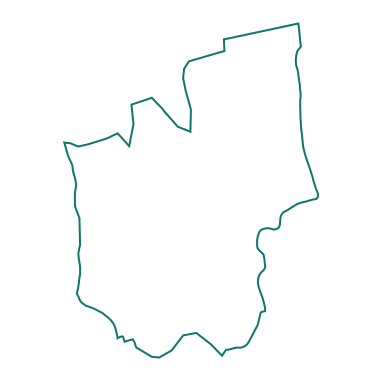 Majz, Sa`dah, Yemen (Equal Earth projection), rotated 358°
{"feature_id": "15242507B76983038584557", "entity_name": "Majz", "entity_type": "district", "adm_level": 2, "iso_a3": "YEM", "parent_name": "Yemen", "parent_adm1": "Sa`dah", "projection": "equal_earth", "projection_center": [43.539, 17.146], "detail": "fine", "context": "isolated", "style": "outline", "palette": "teal", "viewbox_px": 384, "rotation_deg": 358, "n_neighbors": 0, "source": "geoboundaries", "source_scale": "gbopen_adm2", "svg_char_len": 3664}
<svg xmlns="http://www.w3.org/2000/svg" viewBox="0 0 384 384"><g transform="rotate(358 192 192)"><path d="M119.8,130.8L112.7,133.8L111.0,134.6L108.8,135.5L103.4,137.0L89.8,140.7L80.9,142.4L80.5,142.5L79.7,142.6L72.5,139.2L66.1,138.1L69.4,151.6L73.1,160.5L73.5,162.4L73.6,165.0L74.2,168.9L75.7,174.7L76.1,177.6L76.3,179.2L76.4,180.3L76.4,180.5L76.5,181.6L75.0,188.4L74.7,194.5L74.6,202.3L78.6,214.3L78.3,241.0L77.5,243.8L76.8,247.0L76.3,249.1L76.3,251.1L76.4,252.9L76.5,254.4L76.8,256.2L77.5,262.1L77.5,265.2L77.4,268.4L77.3,270.5L76.8,272.3L76.2,275.6L75.9,277.8L75.2,282.1L74.6,285.2L73.9,287.2L73.3,289.4L75.3,293.7L75.8,295.5L77.4,298.2L77.8,298.6L78.0,298.8L78.5,299.2L82.0,302.0L84.3,302.7L84.4,302.8L86.2,303.5L88.1,304.3L89.8,305.1L91.1,305.7L93.5,307.1L95.1,308.1L95.3,308.2L97.4,309.3L98.7,310.2L100.6,312.0L102.0,313.1L102.3,313.4L103.7,314.4L104.9,315.8L105.3,316.2L106.8,317.7L109.2,321.3L110.0,323.4L110.8,326.0L111.1,327.5L111.9,331.3L112.4,334.0L112.5,335.2L112.5,335.5L114.2,334.7L115.1,334.3L115.9,334.1L116.7,333.9L117.5,334.0L118.0,334.3L119.4,339.3L127.6,337.1L128.7,338.9L129.7,341.3L130.3,343.9L130.6,344.8L131.3,345.7L146.1,355.3L151.4,356.0L153.3,356.3L155.7,355.1L162.8,351.4L166.1,349.6L169.3,345.8L169.7,345.3L178.2,335.0L179.0,334.9L190.0,333.2L191.4,333.0L205.5,344.8L216.3,356.7L220.5,350.9L222.2,351.0L223.7,350.7L225.4,350.3L227.0,349.9L229.1,349.4L231.1,349.1L233.0,349.1L234.6,349.2L236.2,349.2L239.3,347.9L240.8,346.9L242.1,345.8L244.2,342.6L253.0,327.2L253.9,324.1L256.2,315.6L256.8,314.6L257.9,314.2L260.9,313.6L261.0,311.7L260.9,310.0L260.5,308.0L260.1,305.8L259.7,304.0L259.7,303.8L259.4,302.8L259.3,302.4L259.2,302.0L258.6,299.5L258.6,299.4L258.4,299.1L257.8,297.4L257.5,296.2L257.2,295.4L256.9,294.5L256.8,294.1L256.6,293.7L256.5,293.4L256.2,292.5L256.0,291.5L255.5,289.6L255.3,288.7L255.0,287.4L254.7,285.2L254.7,283.3L255.2,281.0L255.4,280.0L255.7,279.1L256.0,278.2L256.5,277.3L256.6,277.0L256.9,276.6L257.6,275.6L257.9,275.1L258.2,274.8L260.8,272.6L261.6,271.6L262.3,270.2L262.6,268.5L262.4,267.4L262.3,266.0L262.2,265.5L262.1,263.7L262.1,263.0L261.9,260.5L261.7,259.5L261.5,258.3L261.2,256.8L256.5,252.0L255.5,250.3L255.2,248.1L255.4,242.5L256.1,238.7L258.0,234.2L259.4,232.6L261.4,231.6L266.0,230.7L269.3,231.4L271.7,232.2L273.4,232.3L275.1,232.0L276.6,231.3L277.9,229.8L278.7,227.8L279.4,221.6L280.0,218.8L281.5,216.6L283.0,215.2L284.6,214.5L286.1,213.8L287.5,213.0L289.0,212.1L290.7,211.1L292.0,210.3L293.8,209.3L295.8,208.2L297.8,207.3L299.3,206.9L301.1,206.4L302.8,206.0L304.4,205.7L306.2,205.4L307.7,204.9L309.3,204.5L311.1,204.1L311.3,204.1L311.9,203.9L312.9,203.7L314.6,203.6L316.1,203.3L317.5,201.6L317.6,200.8L317.9,199.5L317.8,198.9L317.5,197.3L316.9,195.4L316.0,193.2L315.3,190.8L314.8,188.7L314.2,186.5L313.6,184.3L313.2,182.2L312.7,180.0L312.1,178.2L311.6,176.3L311.1,174.4L310.4,172.1L309.8,169.8L309.2,168.0L308.5,166.0L307.9,164.1L307.3,161.7L306.6,159.5L306.1,157.6L305.7,155.4L305.2,153.4L304.8,151.0L304.6,150.0L303.8,137.3L303.4,134.8L303.4,134.5L303.0,121.8L303.0,119.2L303.1,116.9L303.1,114.7L303.1,109.4L303.3,107.3L303.3,104.7L303.9,99.8L303.9,96.3L303.7,93.5L303.5,91.6L303.5,88.8L303.3,86.9L303.0,84.9L302.9,84.0L302.8,82.9L302.3,78.2L302.3,76.5L301.8,74.3L301.3,71.7L300.5,69.2L300.4,66.2L300.3,64.5L300.6,61.5L301.2,58.2L302.3,54.7L304.0,52.7L305.9,50.4L305.5,46.1L305.4,45.1L305.2,41.2L304.2,27.3L229.2,40.6L229.3,52.2L193.5,61.3L188.4,68.6L187.1,77.7L189.1,90.0L193.8,109.5L192.5,131.7L180.6,126.5L180.1,126.3L174.4,119.3L168.7,112.4L168.6,112.5L164.9,107.2L159.7,101.7L155.2,96.4L134.5,102.6L135.9,122.0L130.8,144.0L119.8,130.8Z" fill="none" stroke="#0f766e" stroke-width="2"/></g></svg>